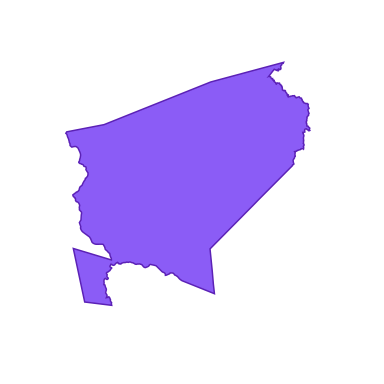 Los Andes, Salta, Argentina, rotated 158°
{"feature_id": "61730980B96224963686238", "entity_name": "Los Andes", "entity_type": "district", "adm_level": 2, "iso_a3": "ARG", "parent_name": "Argentina", "parent_adm1": "Salta", "projection": "mercator", "projection_center": [-68.208, -24.497], "detail": "fine", "context": "isolated", "style": "filled", "palette": "violet", "viewbox_px": 384, "rotation_deg": 158, "n_neighbors": 0, "source": "geoboundaries", "source_scale": "gbopen_adm2", "svg_char_len": 5928}
<svg xmlns="http://www.w3.org/2000/svg" viewBox="0 0 384 384"><g transform="rotate(158 192 192)"><path d="M281.2,275.4L281.0,270.3L281.2,268.7L281.6,267.6L282.8,265.6L284.0,264.2L284.3,263.5L285.1,262.6L285.7,262.3L285.9,261.9L285.8,261.3L285.2,260.3L284.6,260.0L284.0,259.2L283.1,258.5L282.7,257.9L282.6,256.7L282.5,256.2L281.2,255.3L281.0,254.9L281.2,253.5L281.8,252.9L282.0,252.2L281.7,251.0L281.7,250.2L281.2,249.0L281.6,247.9L281.9,247.2L282.8,245.9L285.0,244.6L285.6,244.7L285.9,244.4L286.4,243.5L287.9,242.6L289.4,241.4L291.6,239.3L293.4,238.9L294.0,238.6L294.9,237.7L295.9,236.2L297.3,235.4L298.1,235.1L298.9,235.1L299.2,235.3L299.9,234.9L301.8,234.5L302.8,234.1L303.4,234.1L303.7,233.5L303.7,232.3L303.4,232.0L303.1,230.7L303.0,230.4L302.6,230.3L302.5,229.7L302.7,228.9L303.1,228.2L303.1,227.2L302.8,226.3L301.9,225.7L301.4,224.8L301.1,223.8L301.1,221.8L302.3,219.9L302.8,218.1L303.1,217.7L302.6,216.3L302.1,215.2L302.1,214.4L302.4,213.5L303.2,212.3L305.4,207.7L307.9,205.8L308.1,201.6L308.9,200.3L309.0,198.7L308.7,197.0L307.9,195.2L303.9,188.8L303.5,186.7L303.5,183.0L303.4,182.6L302.8,181.5L301.8,180.4L300.7,179.6L295.0,177.3L294.1,176.8L293.9,176.3L293.6,173.8L293.7,172.4L293.9,171.7L293.8,171.0L292.9,169.4L292.3,167.6L291.9,166.9L291.7,166.3L291.3,165.9L291.8,163.3L291.8,161.9L291.7,161.4L291.7,160.7L291.9,159.9L292.2,159.2L323.2,184.1L332.7,130.2L308.9,117.0L308.6,118.7L308.0,119.5L308.5,121.4L307.9,122.9L308.0,123.2L307.9,124.5L308.0,124.8L308.3,125.0L308.4,125.4L308.2,125.7L308.5,126.0L309.5,126.1L310.0,125.9L311.0,126.1L310.0,127.1L309.5,128.0L309.5,129.0L309.9,130.7L308.9,132.3L308.1,133.3L307.8,134.1L307.8,135.5L307.9,136.0L307.6,138.4L307.7,138.7L308.4,139.0L308.4,139.4L307.6,140.5L307.2,141.6L307.2,142.2L307.0,142.6L306.2,143.7L305.8,144.1L304.8,144.4L304.5,144.2L304.4,143.7L303.8,142.9L303.4,142.7L302.7,142.8L302.3,143.0L302.0,143.3L302.0,143.9L302.4,144.4L302.5,145.5L302.3,146.1L301.7,146.9L301.6,147.2L301.8,147.9L301.8,148.7L301.5,149.1L301.1,149.3L299.8,149.3L299.0,149.6L297.6,149.9L295.8,151.2L295.3,151.3L294.9,151.6L295.1,152.1L295.6,152.6L296.1,153.5L295.7,154.2L295.3,154.5L294.9,154.6L294.4,155.4L294.0,155.3L293.5,154.9L293.0,154.0L292.5,153.5L291.8,153.4L291.1,153.4L290.3,153.9L288.6,154.6L287.4,154.7L287.0,154.2L287.2,153.5L287.0,153.2L286.8,152.9L285.8,152.6L285.8,152.2L285.6,152.1L284.7,151.9L284.0,152.3L281.9,152.2L280.4,151.6L278.6,151.4L277.4,150.6L276.1,150.5L275.4,150.2L274.6,149.3L273.1,148.3L271.6,146.3L270.4,145.7L269.2,145.6L268.3,145.1L267.5,145.0L266.9,144.3L266.5,144.2L266.1,143.8L265.8,143.4L265.3,142.3L265.2,141.5L264.7,140.4L264.4,140.0L263.8,139.5L263.1,139.3L262.2,139.4L261.8,139.3L260.4,139.4L259.3,139.8L259.1,140.2L258.6,140.4L257.8,140.5L254.7,138.4L253.1,137.2L252.8,136.8L249.6,129.3L248.9,128.4L248.4,128.1L247.6,126.9L247.5,126.1L247.5,125.6L247.8,125.1L247.9,124.7L247.0,124.5L243.4,124.6L242.6,125.1L241.2,124.6L240.1,124.0L239.8,123.7L239.3,122.5L239.2,121.6L238.3,120.8L237.7,119.8L237.2,119.3L236.2,116.3L235.6,115.1L234.5,113.5L209.3,89.3L206.6,98.9L202.9,110.9L196.6,132.5L137.5,158.0L133.7,159.7L89.0,178.8L88.9,179.3L88.6,179.5L87.5,179.5L87.2,179.6L87.0,179.9L86.9,181.9L86.6,182.5L86.6,182.9L86.3,183.7L85.4,184.3L85.1,184.7L84.3,185.1L83.6,186.2L82.9,186.4L82.7,187.0L82.8,187.5L82.6,188.0L82.0,189.0L81.9,189.7L81.4,190.1L81.5,190.7L81.6,191.0L80.0,190.7L78.9,191.1L78.6,190.8L77.7,191.0L75.6,190.7L74.9,191.1L74.6,190.9L73.7,191.1L73.2,190.6L72.6,190.3L72.5,190.0L72.4,190.1L71.6,192.0L71.7,192.5L71.5,192.8L70.6,193.4L70.6,193.6L70.4,193.9L70.3,194.4L70.6,195.2L70.6,195.4L70.2,195.8L69.7,197.1L69.2,197.6L69.3,198.2L68.9,198.7L68.5,200.2L67.9,201.3L67.2,202.1L67.2,202.4L67.0,203.0L67.1,204.7L66.8,204.8L66.6,205.1L66.7,205.3L66.9,205.5L66.9,205.8L65.0,205.3L64.6,206.2L64.5,207.2L63.7,207.9L63.0,207.9L62.1,207.6L62.0,207.0L61.7,206.5L61.2,206.1L60.9,205.1L60.5,204.9L59.8,204.9L60.0,205.4L59.8,205.9L59.2,206.5L58.9,207.2L59.2,207.8L59.5,208.2L59.5,208.6L59.8,209.0L59.7,209.4L60.0,209.8L60.7,210.0L60.5,211.3L60.0,212.0L60.2,212.9L60.2,213.3L59.8,213.7L59.6,214.6L59.0,214.9L58.7,215.4L58.8,215.7L57.5,217.6L57.5,218.2L56.6,218.9L55.3,219.3L54.9,220.3L54.1,220.9L54.2,221.2L54.0,221.6L54.1,222.5L53.9,223.3L53.9,224.6L53.4,225.2L52.5,225.5L52.1,225.8L52.3,226.7L52.0,228.7L51.3,229.8L52.0,230.5L52.0,230.9L52.3,231.1L53.1,231.2L53.6,231.5L53.7,231.8L54.9,232.8L55.0,233.2L54.9,233.5L54.9,233.8L55.3,234.0L55.3,235.0L55.5,235.6L55.5,236.2L55.3,236.4L55.5,236.9L55.4,238.0L56.5,238.6L57.0,240.1L58.3,240.3L59.0,240.2L59.6,240.5L60.1,240.3L60.3,240.6L60.4,241.3L60.9,241.9L60.8,242.7L61.1,243.1L61.6,243.1L62.7,243.6L63.4,243.5L64.5,243.9L65.4,243.7L66.0,244.2L66.9,244.0L67.2,244.2L67.1,244.6L67.3,245.2L67.0,245.1L66.3,245.9L67.3,247.3L67.2,248.2L67.5,248.6L67.6,249.1L67.7,250.2L67.5,250.7L67.8,251.4L68.0,251.5L68.3,251.4L68.7,251.4L68.9,251.9L69.3,252.0L69.9,252.8L69.5,253.9L69.2,255.2L69.0,255.5L69.1,255.8L69.4,256.1L69.2,256.5L69.1,257.0L69.5,257.4L69.5,258.4L70.1,258.8L70.2,259.2L70.1,260.2L71.1,260.5L72.1,261.2L73.4,260.4L73.5,260.5L73.7,261.1L73.4,261.6L73.4,261.8L73.7,262.5L74.3,263.2L74.5,264.0L74.1,264.3L74.0,264.7L74.2,265.1L74.8,265.0L75.0,265.3L74.8,266.9L75.3,266.8L75.5,267.0L76.0,268.2L75.9,269.1L76.3,269.7L76.8,269.9L77.0,270.5L77.5,270.5L69.8,275.0L69.1,274.2L68.8,274.1L68.7,273.8L68.1,273.6L68.0,273.1L67.3,273.0L66.9,273.2L66.8,272.7L66.5,272.4L66.6,272.1L66.1,272.2L66.1,272.6L65.9,272.9L65.9,273.2L65.7,273.5L65.3,273.0L64.6,273.0L64.0,272.5L63.3,273.1L63.3,273.6L62.9,274.2L62.8,275.2L62.6,275.6L61.8,276.1L61.3,276.2L61.2,276.5L60.9,276.8L60.7,277.2L59.3,277.1L58.5,277.9L133.4,287.0L248.3,287.4L285.6,294.7L287.0,293.7L286.4,292.3L286.7,289.8L286.6,287.6L286.9,285.1L287.2,283.8L287.0,282.7L287.2,281.9L287.6,281.2L287.5,280.3L287.3,280.0L286.8,278.8L286.4,278.6L284.7,278.4L283.6,278.1L282.5,277.6L282.1,277.1L281.2,275.4Z" fill="#8b5cf6" stroke="#5b21b6" stroke-width="1.5"/></g></svg>